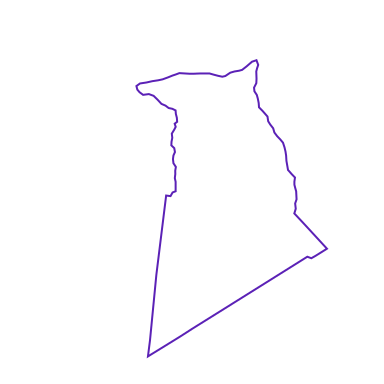 the district of Presidente Vargas, Maranhão, Brazil, rotated 148°
{"feature_id": "56859067B97950070830683", "entity_name": "Presidente Vargas", "entity_type": "district", "adm_level": 2, "iso_a3": "BRA", "parent_name": "Brazil", "parent_adm1": "Maranhão", "projection": "albers", "projection_center": [-44.012, -3.405], "detail": "fine", "context": "isolated", "style": "outline", "palette": "violet", "viewbox_px": 384, "rotation_deg": 148, "n_neighbors": 0, "source": "geoboundaries", "source_scale": "gbopen_adm2", "svg_char_len": 1463}
<svg xmlns="http://www.w3.org/2000/svg" viewBox="0 0 384 384"><g transform="rotate(148 192 192)"><path d="M125.9,72.6L121.3,72.4L107.6,72.4L113.9,105.9L116.6,119.6L112.9,122.8L110.6,127.6L107.2,130.4L103.3,137.4L102.3,140.8L101.3,143.9L99.7,146.5L97.0,149.7L98.0,154.4L98.9,159.8L95.4,168.4L92.9,173.0L91.3,176.7L89.9,180.8L88.7,185.6L89.3,189.9L90.2,194.2L90.6,198.8L89.4,203.0L89.9,207.8L89.9,211.6L88.0,216.0L89.2,223.4L90.3,228.3L88.3,232.1L86.7,236.3L85.6,240.0L85.7,244.3L84.1,247.6L79.8,250.2L77.3,253.8L73.6,260.2L71.3,262.4L68.5,264.7L67.5,269.6L72.1,270.7L79.1,269.6L84.8,269.0L87.8,269.9L92.1,271.7L96.3,272.9L102.3,272.7L105.2,273.7L108.3,276.7L111.5,280.1L114.3,283.2L117.9,285.5L123.3,288.8L127.9,291.4L131.7,293.8L134.8,296.0L139.7,299.5L143.6,300.3L146.9,301.1L151.5,301.9L157.2,303.1L161.6,304.7L166.9,307.0L172.6,309.0L178.6,311.6L183.0,311.3L184.1,307.8L183.6,304.4L182.0,300.3L176.7,297.9L173.6,293.9L172.3,288.6L171.2,282.9L168.7,279.3L167.3,275.6L164.6,273.0L162.7,269.9L164.3,266.8L165.5,263.0L167.4,259.4L170.5,259.1L171.3,255.9L174.0,254.3L178.2,252.2L180.0,248.4L182.8,245.4L184.8,242.5L183.8,238.6L185.3,234.9L188.4,232.8L190.7,230.0L192.5,226.2L192.4,221.8L194.9,219.0L196.7,216.0L199.2,212.9L200.5,209.3L203.3,204.8L205.5,201.3L208.7,201.9L212.4,199.9L215.8,202.7L266.0,140.8L306.2,88.5L316.5,75.9L313.2,75.9L278.6,75.7L264.5,75.9L257.3,75.9L215.3,75.9L128.5,76.0L125.9,72.6Z" fill="none" stroke="#5b21b6" stroke-width="2"/></g></svg>